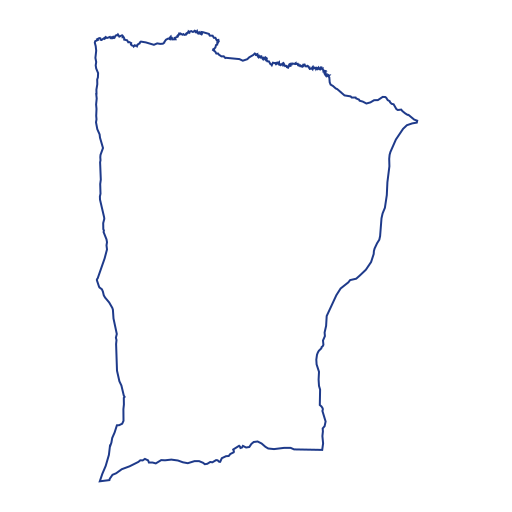 Igunga, Tabora, United Republic of Tanzania (Natural Earth projection)
{"feature_id": "72390352B54001884070734", "entity_name": "Igunga", "entity_type": "district", "adm_level": 2, "iso_a3": "TZA", "parent_name": "United Republic of Tanzania", "parent_adm1": "Tabora", "projection": "natural_earth1", "projection_center": [33.703, -4.378], "detail": "fine", "context": "isolated", "style": "outline", "palette": "blue", "viewbox_px": 512, "rotation_deg": 0, "n_neighbors": 0, "source": "geoboundaries", "source_scale": "gbopen_adm2", "svg_char_len": 5794}
<svg xmlns="http://www.w3.org/2000/svg" viewBox="0 0 512 512"><path d="M168.1,38.6L166.0,39.7L164.4,41.9L164.3,42.6L162.9,43.7L160.3,43.9L157.2,43.4L153.9,44.8L145.8,42.4L140.9,41.6L139.8,42.5L139.7,43.4L137.8,44.4L137.0,46.2L136.4,45.5L135.4,45.8L134.8,45.3L133.7,46.5L133.3,45.8L132.0,45.5L130.9,44.5L131.2,43.1L129.3,42.1L128.3,42.3L127.1,40.3L124.2,39.6L124.3,38.5L123.8,37.4L122.8,37.3L123.2,36.6L122.6,35.7L122.1,35.3L119.3,36.6L117.9,34.4L117.1,35.4L116.4,35.2L115.6,35.6L114.5,37.7L113.2,36.7L112.8,37.0L112.9,38.1L112.0,38.3L111.5,37.4L110.5,38.0L109.9,36.9L107.4,37.9L106.6,37.9L105.7,37.0L104.9,37.7L105.0,38.5L104.6,38.8L104.1,38.2L101.5,40.0L100.7,39.8L100.3,38.3L99.3,38.1L97.2,39.2L97.8,40.0L95.2,41.2L94.8,42.7L95.7,46.1L96.2,50.7L95.4,57.9L96.2,62.0L95.7,65.4L96.2,68.5L98.1,73.1L97.9,77.4L97.2,79.5L97.3,84.2L96.4,89.7L96.5,93.8L96.2,93.9L96.7,98.5L96.1,104.5L96.5,108.9L96.2,115.8L96.5,119.3L96.0,122.3L97.3,129.2L99.6,134.4L100.0,137.7L103.0,148.0L100.5,154.9L100.3,157.2L100.5,160.3L100.1,162.3L100.8,179.7L100.2,184.0L100.5,193.7L99.9,196.5L100.0,199.6L104.1,217.2L104.3,218.8L103.2,223.1L103.3,229.2L103.9,230.4L103.6,232.1L106.5,239.4L107.0,242.2L106.5,245.3L107.0,249.4L104.6,258.5L97.7,278.3L96.9,279.4L96.9,280.3L98.9,286.3L99.4,287.4L101.9,289.3L102.9,291.6L103.8,295.4L105.1,297.6L109.2,302.5L112.3,307.9L112.9,309.7L113.5,318.5L116.8,334.0L115.9,337.7L116.5,340.1L116.1,344.1L117.0,370.7L119.4,381.3L121.4,385.5L123.8,395.6L124.6,396.9L123.8,397.9L123.9,404.5L123.4,409.2L123.5,420.8L122.2,423.7L119.1,425.2L116.9,425.3L114.6,432.5L112.2,438.0L111.4,442.6L110.3,445.8L110.0,445.7L108.9,454.9L105.7,465.9L102.3,473.9L99.8,481.3L109.4,480.1L109.8,478.7L112.5,474.8L116.1,473.3L121.8,469.2L129.6,466.3L138.4,461.9L140.3,460.3L142.7,460.4L144.9,458.9L148.1,460.4L148.9,462.5L152.4,462.5L155.8,463.4L161.2,460.1L165.0,460.3L171.3,459.6L177.9,460.5L182.9,462.3L187.8,463.2L194.6,461.1L199.0,461.1L203.1,462.8L204.8,464.2L207.3,463.8L210.2,462.0L212.4,462.3L216.1,460.1L217.6,460.3L219.2,461.8L220.2,461.8L221.8,458.2L226.0,456.2L228.7,456.0L230.3,454.0L233.7,452.3L233.9,451.2L233.2,449.5L239.1,445.8L239.9,446.5L240.5,448.0L242.0,447.5L242.9,445.9L246.1,447.5L249.3,447.0L251.4,443.9L253.7,442.0L257.6,441.5L261.6,443.5L265.4,446.8L268.2,448.5L274.0,449.1L283.8,447.9L290.7,447.9L294.1,449.4L322.2,449.9L323.1,443.4L322.4,436.1L322.9,431.5L322.7,428.4L324.6,426.2L325.6,421.5L322.4,410.9L322.8,409.8L322.7,408.4L321.5,406.5L319.8,405.0L320.1,389.6L319.0,385.9L318.6,379.6L319.0,371.8L316.6,364.4L316.3,359.7L317.0,354.7L317.9,352.4L318.9,350.7L321.3,348.4L321.6,347.1L322.7,346.2L323.4,344.8L323.0,340.5L324.9,336.1L324.6,332.5L326.1,325.9L326.7,316.0L336.4,295.1L340.6,288.5L348.4,282.3L350.1,280.1L356.2,278.7L359.6,275.7L365.9,269.7L371.1,262.0L373.7,254.0L373.9,251.1L374.6,248.5L377.1,243.2L379.3,239.7L380.1,236.1L381.5,218.3L382.6,213.4L384.9,207.8L386.8,195.1L387.4,182.2L389.4,166.3L389.2,158.8L389.6,154.8L390.4,152.0L395.9,139.5L403.1,128.8L406.9,125.2L412.2,123.4L416.8,122.6L417.2,120.7L414.2,119.6L408.5,114.9L407.6,114.9L405.1,113.3L402.3,111.0L401.2,109.6L397.8,110.0L396.4,109.1L393.6,104.3L391.6,103.8L390.1,102.3L389.7,101.2L387.7,100.1L386.2,97.7L385.2,97.0L382.7,96.9L377.9,100.1L374.1,100.2L370.4,102.4L366.4,103.5L362.8,101.6L359.6,100.7L359.0,99.6L356.1,98.4L355.6,97.5L351.7,97.5L350.6,96.4L344.5,95.4L337.2,89.1L335.8,88.5L333.0,86.0L330.6,84.6L329.7,82.3L329.3,77.4L328.5,76.4L329.1,75.6L328.5,75.7L328.3,75.2L327.7,75.6L327.9,74.7L327.5,75.6L327.0,75.6L326.8,74.4L326.2,74.6L325.8,75.5L325.1,74.6L325.4,73.5L324.5,73.4L324.3,72.6L325.2,72.0L324.0,71.7L325.0,70.9L323.3,70.5L323.0,69.6L322.4,69.3L322.6,68.4L321.2,68.6L321.3,67.4L320.7,67.4L320.1,69.4L319.4,69.2L318.5,67.6L317.5,69.2L316.7,68.8L317.2,68.0L316.8,67.8L316.1,68.9L315.9,68.0L315.5,68.1L314.6,69.1L315.0,67.7L313.9,67.5L313.4,68.2L312.9,66.8L312.2,67.6L312.2,69.0L311.7,68.5L309.8,68.9L309.5,67.6L308.3,68.1L308.8,67.5L308.3,66.3L307.3,65.8L306.7,66.4L305.4,66.3L304.6,64.5L303.3,64.7L303.4,65.5L302.5,65.8L302.8,66.5L302.2,66.8L301.2,66.0L300.5,66.2L300.3,65.4L299.2,65.7L298.8,64.7L298.0,65.0L297.7,63.8L295.8,64.0L295.7,63.1L294.5,63.9L292.1,63.5L291.8,64.4L291.2,64.3L290.9,64.9L290.5,64.3L290.1,65.1L289.4,64.4L289.1,64.9L289.8,65.9L289.0,65.9L288.1,67.7L287.0,67.2L287.2,66.3L286.1,65.8L285.1,66.1L284.6,65.3L283.6,65.4L284.1,64.2L283.4,63.0L282.9,63.3L283.3,64.1L282.5,64.7L281.9,64.4L280.8,65.0L280.6,64.3L279.3,64.8L279.0,64.4L279.0,62.5L277.9,63.6L277.1,63.5L276.0,64.3L275.7,63.9L276.4,62.8L275.0,63.1L272.9,62.7L271.8,65.2L271.2,64.3L270.5,64.2L268.9,61.4L267.3,61.3L267.0,60.6L266.1,60.4L265.9,59.8L266.6,59.3L266.8,58.4L265.3,57.3L263.9,59.2L263.2,57.6L262.7,57.6L262.4,58.3L262.0,57.5L261.2,57.5L261.2,56.3L260.4,56.4L260.1,57.0L259.8,56.6L259.0,57.2L258.9,56.6L258.3,57.0L258.0,56.7L258.3,55.3L256.9,55.2L257.1,54.2L255.9,54.7L255.8,54.1L254.8,53.5L253.4,54.9L249.1,57.4L247.3,59.2L242.8,60.7L239.4,59.1L225.9,57.8L225.3,58.0L223.7,56.3L221.5,56.4L218.8,54.6L218.1,53.5L216.3,53.5L215.2,51.6L213.0,50.0L213.3,49.3L214.1,49.6L214.2,48.7L215.4,47.5L216.0,45.1L217.2,44.6L217.3,42.5L218.0,42.5L218.1,41.6L218.7,41.4L218.4,39.9L216.7,40.3L215.4,37.8L213.9,37.8L212.6,35.7L209.7,35.6L208.9,33.9L203.0,32.2L201.6,32.0L202.0,33.8L201.6,34.4L200.7,33.9L200.5,32.8L199.2,33.5L199.0,32.4L197.9,33.1L197.1,31.1L196.3,32.4L195.7,32.3L195.3,31.0L194.7,30.7L193.4,31.8L192.6,31.9L191.3,31.1L189.7,31.6L189.5,32.3L188.7,31.6L188.6,32.6L187.8,32.4L187.3,33.4L186.6,33.2L186.1,33.7L186.0,34.6L184.3,34.9L183.4,34.1L182.4,34.7L180.3,33.4L179.2,33.5L179.4,34.5L178.6,34.6L177.6,35.6L178.0,36.0L177.7,36.7L174.7,37.9L175.4,39.3L172.2,39.4L171.9,38.0L171.0,38.3L170.9,37.7L170.1,39.3L169.5,39.0L169.6,38.0L169.1,38.6L168.1,38.6Z" fill="none" stroke="#1e3a8a" stroke-width="2"/></svg>